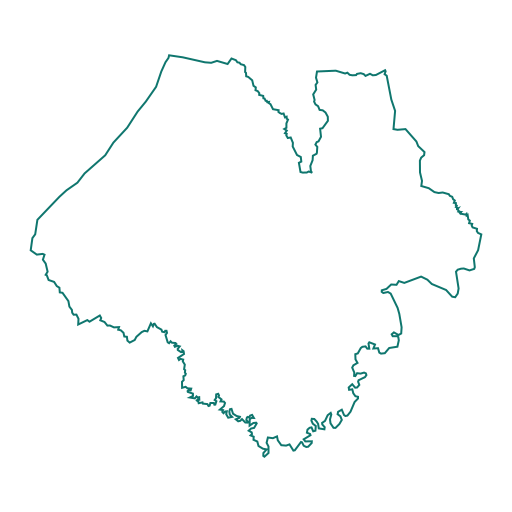 Khok Pho Chai, Khon Kaen, Thailand
{"feature_id": "78962969B36064569577825", "entity_name": "Khok Pho Chai", "entity_type": "district", "adm_level": 2, "iso_a3": "THA", "parent_name": "Thailand", "parent_adm1": "Khon Kaen", "projection": "mercator", "projection_center": [102.392, 16.069], "detail": "fine", "context": "isolated", "style": "outline", "palette": "teal", "viewbox_px": 512, "rotation_deg": 0, "n_neighbors": 0, "source": "geoboundaries", "source_scale": "gbopen_adm2", "svg_char_len": 6039}
<svg xmlns="http://www.w3.org/2000/svg" viewBox="0 0 512 512"><path d="M481.3,234.4L478.0,232.9L476.8,231.1L477.0,228.8L472.6,227.4L471.7,225.6L472.2,223.9L469.1,223.2L469.8,220.6L468.3,219.4L467.6,214.8L466.6,215.5L466.4,213.9L465.6,214.6L461.7,213.9L460.8,212.8L460.3,213.5L459.6,212.6L460.7,211.9L458.4,211.5L458.8,210.9L457.5,209.3L458.2,208.3L457.0,208.8L457.0,207.5L455.9,207.0L456.7,205.6L455.8,205.1L455.9,203.1L453.9,202.8L454.8,200.5L453.1,199.2L452.2,196.8L449.8,195.8L448.8,194.2L442.7,192.5L438.6,193.0L434.4,192.1L428.8,188.2L421.3,186.0L422.0,180.9L420.0,172.4L419.9,160.6L421.2,157.6L424.1,155.2L424.5,152.1L418.2,146.1L416.4,141.5L405.5,129.1L397.5,129.8L393.5,129.1L395.1,110.9L391.3,99.5L386.7,75.7L384.6,74.2L385.6,71.3L385.1,70.2L375.9,75.0L372.8,75.3L370.0,73.8L365.5,75.9L363.7,74.1L360.7,73.2L357.0,73.9L356.1,75.1L352.4,75.3L349.6,74.8L347.4,72.7L345.1,73.5L335.8,70.7L317.0,71.5L316.0,77.7L317.4,82.4L315.6,84.9L316.2,89.6L313.2,94.4L314.6,100.0L314.1,101.6L315.5,104.4L318.1,106.2L319.6,109.9L322.7,110.3L325.5,112.5L327.8,116.7L327.9,120.8L322.5,128.2L320.1,128.7L321.0,136.8L318.5,141.4L316.7,142.1L315.4,144.6L317.3,146.9L316.9,152.8L316.5,153.8L312.9,155.7L312.6,160.2L310.3,166.0L311.0,171.5L312.2,172.7L308.7,171.5L306.8,172.5L302.7,172.6L300.5,172.0L298.9,162.8L301.3,161.6L300.8,157.0L297.0,155.0L292.7,146.5L292.9,142.8L290.7,137.5L287.8,138.0L286.3,135.4L286.7,133.8L285.0,133.2L286.8,130.6L284.3,129.0L286.4,127.8L286.4,123.4L288.0,119.6L286.8,118.8L286.6,116.7L285.0,117.4L283.6,113.5L281.6,113.9L279.8,113.0L278.4,111.9L278.6,110.2L273.0,109.2L270.5,104.2L268.5,102.9L268.9,101.9L267.2,102.1L266.8,100.8L265.6,100.8L264.6,98.6L263.4,98.3L263.2,95.9L259.2,94.9L259.3,93.2L257.8,91.2L255.5,90.2L255.8,87.4L253.5,85.8L252.2,80.3L248.2,76.9L246.2,76.3L246.0,72.9L245.1,72.0L245.3,67.0L244.0,65.1L240.7,64.2L239.5,62.7L237.4,62.3L235.9,60.2L231.5,58.5L227.6,64.0L217.0,60.9L211.2,62.8L204.9,62.3L182.7,57.3L169.1,55.3L168.5,57.9L165.5,62.2L161.3,71.5L156.1,86.8L145.8,101.6L137.6,111.6L127.2,127.7L113.4,142.6L105.2,155.3L84.6,173.4L77.4,182.7L66.5,190.3L59.5,196.7L37.4,219.8L35.2,234.3L32.4,238.1L30.7,250.3L36.8,254.6L42.7,253.9L44.5,254.7L42.9,259.7L45.7,263.6L47.6,271.7L45.7,274.8L46.8,275.3L48.6,280.0L54.1,281.9L56.8,286.1L59.4,287.7L59.8,292.4L62.5,292.8L68.4,301.1L69.4,306.6L71.9,309.9L72.2,312.7L73.6,314.7L76.4,314.6L78.5,318.8L78.2,324.5L87.3,320.1L89.5,321.7L99.8,315.5L101.2,318.0L100.3,320.3L104.5,322.0L107.4,325.6L109.9,325.5L114.0,327.4L119.0,327.1L118.2,329.7L120.8,330.3L123.5,332.8L124.3,336.5L126.9,336.8L127.4,340.6L129.7,342.6L134.7,340.0L136.4,336.8L141.7,332.1L144.4,330.8L147.4,331.4L150.9,323.3L152.9,326.3L153.8,323.9L154.6,323.7L156.9,327.1L161.4,329.6L162.2,331.7L164.5,332.2L165.2,330.8L166.5,330.8L167.0,332.9L165.5,335.0L167.7,342.3L169.1,343.2L170.6,341.3L171.9,342.7L175.5,343.0L176.3,343.9L174.3,345.6L174.9,346.8L177.6,345.8L179.7,346.4L177.7,348.9L177.8,350.0L181.0,352.1L182.5,352.0L182.3,350.2L183.6,351.2L184.0,354.0L178.0,357.9L179.0,360.0L180.5,358.9L183.2,359.6L182.8,361.4L184.8,364.6L184.1,369.2L185.2,370.2L184.9,372.6L185.8,373.8L185.2,375.4L183.4,376.3L183.7,380.1L182.0,381.8L182.1,387.8L185.6,386.8L187.4,388.3L191.2,388.6L190.7,390.3L188.7,390.0L187.6,391.1L187.8,391.9L192.9,393.6L193.0,395.9L189.8,397.5L194.9,398.4L196.5,396.4L197.8,397.5L199.2,397.2L199.3,399.7L197.5,399.6L196.8,400.5L198.3,401.5L198.7,403.2L202.5,402.4L202.8,403.6L207.4,404.1L208.5,406.0L209.6,405.7L210.4,403.0L213.8,403.0L214.4,404.7L215.3,404.6L216.4,401.2L214.7,400.0L216.0,398.2L216.2,394.4L218.2,393.8L219.0,395.4L218.3,396.9L221.5,399.4L220.5,401.4L223.9,401.6L225.0,403.0L224.0,406.1L219.9,409.6L223.0,410.1L222.3,411.9L223.5,413.2L225.1,411.5L226.8,411.3L226.2,414.2L228.2,417.7L232.1,416.9L229.8,414.6L229.3,411.5L230.0,409.2L231.5,408.9L233.0,413.7L236.6,416.0L239.9,416.8L239.5,417.8L235.8,419.3L238.2,421.3L240.3,420.8L242.0,419.1L245.3,422.5L247.8,422.6L248.3,422.1L246.3,420.0L246.9,417.5L247.8,416.9L249.1,417.5L250.1,415.6L252.1,414.9L253.9,418.0L251.5,417.9L249.7,419.3L249.6,425.6L253.4,423.0L256.2,422.7L256.7,423.4L254.1,427.9L251.1,428.5L248.7,430.7L251.7,432.4L252.0,434.1L250.6,435.4L253.7,436.7L253.5,439.8L257.3,441.5L258.5,446.0L262.9,448.7L266.6,449.4L263.4,453.0L263.3,455.9L264.4,456.7L268.5,453.0L268.5,446.5L266.6,442.8L267.9,437.5L272.9,438.2L277.0,436.4L277.8,440.3L281.3,445.2L286.1,445.6L289.5,444.4L293.4,450.6L294.8,450.3L301.0,442.0L302.0,442.3L303.7,445.7L306.3,447.0L308.2,446.7L311.7,443.0L311.8,441.3L305.3,441.4L303.7,439.3L310.5,435.2L310.1,434.0L306.9,432.7L307.5,429.6L309.6,427.8L311.5,427.4L313.2,431.3L315.4,430.7L315.8,426.0L312.8,423.7L311.4,420.6L311.8,418.8L314.3,419.0L316.7,421.6L318.1,423.9L318.8,428.4L324.4,429.3L324.7,427.2L322.3,424.5L322.1,422.9L325.0,420.9L327.7,415.2L330.7,412.9L331.3,414.5L330.0,419.4L330.5,423.3L333.5,427.8L335.5,427.9L339.4,424.0L341.8,419.9L340.4,416.3L337.6,414.2L338.1,411.8L341.8,409.7L344.0,415.0L345.4,416.0L347.4,415.6L350.5,411.7L354.6,402.0L358.0,398.5L358.0,396.8L355.4,396.2L353.3,393.3L352.3,389.3L349.1,389.8L348.7,387.5L352.2,384.2L355.2,387.7L357.1,387.5L359.3,384.9L358.1,381.7L358.6,380.2L365.0,377.1L366.4,375.1L365.9,373.4L364.1,372.6L360.6,373.6L357.1,373.2L355.3,376.1L354.1,375.9L354.3,372.6L352.2,367.6L353.4,365.3L357.5,362.9L355.5,359.4L355.3,354.2L357.8,353.4L360.8,348.0L362.4,346.8L365.5,346.4L367.3,348.7L369.3,348.7L368.5,343.5L369.3,342.3L375.0,344.5L373.4,348.5L378.0,348.2L379.3,352.6L381.0,353.6L384.8,353.2L389.2,348.0L397.4,346.7L398.8,340.3L398.3,337.1L397.3,336.2L392.7,336.2L391.7,334.3L393.9,332.4L398.5,335.0L401.2,333.5L401.6,327.3L399.3,313.9L397.6,307.9L390.7,293.6L388.0,292.0L383.3,293.0L381.7,291.8L381.8,290.3L386.5,288.9L391.2,284.5L396.5,284.8L398.8,281.1L404.3,282.9L421.1,276.6L427.4,279.7L431.8,284.0L446.1,290.0L452.2,296.7L455.2,297.2L457.7,293.6L458.6,288.5L456.0,271.7L457.7,269.7L461.0,268.7L463.8,268.5L469.5,270.4L474.2,268.9L474.8,267.2L473.8,258.4L478.1,250.2L481.3,234.4Z" fill="none" stroke="#0f766e" stroke-width="2"/></svg>